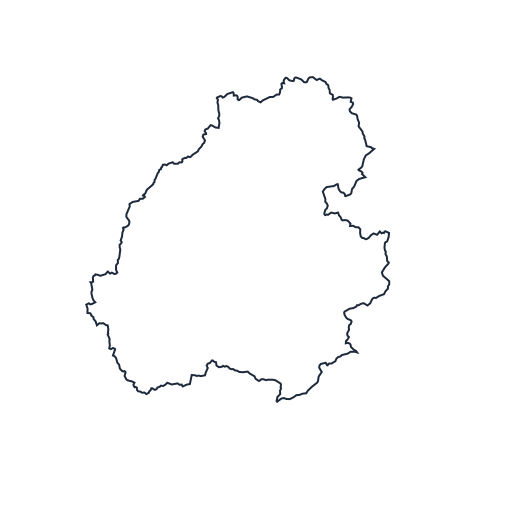 Yauyos, Lima, Peru, rotated 225°
{"feature_id": "86281439B83806750890504", "entity_name": "Yauyos", "entity_type": "district", "adm_level": 2, "iso_a3": "PER", "parent_name": "Peru", "parent_adm1": "Lima", "projection": "mercator", "projection_center": [-75.885, -12.522], "detail": "fine", "context": "isolated", "style": "outline", "palette": "slate", "viewbox_px": 512, "rotation_deg": 225, "n_neighbors": 0, "source": "geoboundaries", "source_scale": "gbopen_adm2", "svg_char_len": 6104}
<svg xmlns="http://www.w3.org/2000/svg" viewBox="0 0 512 512"><g transform="rotate(225 256 256)"><path d="M248.2,415.3L250.4,414.2L251.6,414.3L255.4,411.9L261.1,415.4L262.8,415.8L263.7,417.2L267.2,418.1L268.7,419.3L275.1,420.2L277.3,423.1L281.0,424.7L283.7,426.6L285.1,426.9L289.2,424.7L291.9,424.7L293.6,425.9L293.8,429.3L294.8,432.2L296.0,432.9L298.1,432.0L300.0,435.0L301.2,434.7L302.8,433.5L306.4,429.6L309.6,427.5L310.3,424.5L312.1,420.9L312.9,421.2L314.0,422.9L315.7,424.2L318.8,423.3L321.4,425.5L323.5,426.1L325.6,427.8L328.0,427.5L329.9,428.2L333.6,426.9L336.2,426.6L337.6,423.3L342.3,422.7L344.2,420.4L344.5,418.9L343.1,415.0L343.8,413.7L345.0,412.9L348.8,412.9L353.7,410.7L354.4,410.0L354.5,408.7L353.2,406.6L353.4,405.9L356.6,403.8L359.7,403.8L361.0,403.1L360.9,400.7L360.4,399.7L359.5,398.6L358.2,398.0L359.7,396.9L359.8,395.8L356.4,393.2L356.6,390.8L354.8,388.8L353.8,386.6L355.6,384.6L356.3,380.7L358.7,378.1L361.3,370.6L361.4,367.9L364.1,366.9L365.6,367.2L368.0,365.6L369.9,365.3L375.2,362.5L378.0,358.0L378.1,354.5L378.4,354.0L379.8,353.8L381.4,355.5L382.8,355.9L383.8,355.5L385.1,353.7L387.1,355.4L388.2,355.5L390.8,350.3L390.9,346.1L391.5,344.5L393.5,344.5L394.3,343.9L395.6,340.6L395.4,339.9L393.4,339.6L391.7,337.2L389.3,335.9L385.7,332.5L382.6,330.6L381.1,329.1L380.2,326.5L378.6,326.1L376.1,324.4L373.0,320.2L375.5,318.2L379.4,317.2L380.6,316.4L380.2,312.0L381.3,309.6L380.6,308.0L378.1,307.5L377.5,306.9L379.1,304.7L378.1,302.7L373.8,301.6L372.7,299.5L372.8,297.1L372.0,295.0L371.9,291.0L371.1,288.9L372.4,282.7L372.3,280.1L372.7,279.1L374.4,278.3L374.6,276.2L375.6,275.1L376.4,273.1L376.5,272.2L374.9,270.8L374.7,269.7L376.4,268.1L376.5,266.0L379.2,263.3L381.2,263.4L383.2,259.3L383.3,257.0L385.3,256.1L386.4,254.6L385.4,252.6L385.6,251.6L384.6,250.2L385.3,248.5L384.2,246.8L384.1,245.2L381.8,239.8L381.4,237.9L380.1,236.6L380.0,234.8L379.4,234.0L380.0,225.6L378.5,221.8L378.9,219.2L378.7,218.8L377.7,219.5L376.3,219.2L376.6,216.3L378.6,214.3L378.0,211.9L381.4,207.1L382.2,203.3L380.3,201.7L377.2,194.0L375.9,192.5L375.0,191.9L370.7,191.3L369.3,190.3L368.1,188.3L368.0,186.6L368.8,183.7L369.9,182.4L369.9,181.7L368.3,181.1L367.0,178.1L364.6,175.2L362.6,171.2L361.0,171.0L360.4,170.3L360.3,167.5L358.6,165.8L356.5,164.6L351.9,158.6L350.9,156.8L350.9,155.4L348.7,153.5L348.4,150.6L345.3,147.3L342.4,146.2L342.6,144.2L343.3,143.2L346.2,142.3L346.7,140.4L349.8,140.2L349.6,136.7L352.1,131.9L354.1,131.1L356.6,129.4L356.2,128.3L356.8,127.1L356.2,125.5L353.0,122.7L353.4,121.4L354.4,120.4L353.3,120.2L347.8,116.4L347.0,114.3L345.5,112.9L341.8,110.6L339.3,109.7L336.9,109.6L338.1,106.0L339.0,104.6L340.7,104.4L341.6,101.6L337.9,99.7L334.9,96.5L332.7,98.3L331.2,98.1L330.3,97.4L327.7,97.8L326.2,96.6L323.3,96.4L319.5,94.5L319.2,97.7L317.4,99.2L316.5,100.5L313.1,101.1L311.8,102.1L308.3,99.5L306.6,97.2L305.7,96.8L305.5,95.7L300.8,93.8L299.7,92.3L295.9,89.2L294.5,86.9L292.8,87.5L292.0,89.9L290.1,90.6L289.6,90.4L286.8,84.5L285.3,85.1L282.8,84.9L278.5,82.5L275.9,82.3L272.6,80.1L269.3,80.0L268.0,80.7L267.7,81.6L266.8,81.8L265.8,81.3L264.2,78.3L260.6,77.1L259.1,77.2L255.0,79.6L252.4,80.5L251.7,78.4L250.6,77.7L249.0,77.4L248.5,78.3L247.2,78.6L245.2,77.1L243.7,77.0L241.8,78.4L239.8,78.8L238.3,80.6L235.9,80.8L235.1,83.6L235.8,84.9L235.6,86.6L236.5,88.3L236.0,89.0L233.2,89.7L232.6,90.2L232.2,91.7L232.7,93.3L231.6,95.4L231.6,97.0L229.7,98.5L229.1,101.0L229.1,103.6L224.7,105.6L221.4,110.4L218.8,111.0L217.7,112.5L215.6,111.9L214.0,116.1L212.2,118.7L217.3,126.4L214.4,128.8L213.1,129.2L212.0,130.9L210.1,132.0L207.7,135.6L209.2,138.2L210.9,142.7L213.4,143.6L213.5,144.1L214.0,145.7L213.0,147.6L213.2,151.2L212.8,151.5L210.2,151.8L209.2,152.6L206.5,150.6L203.5,151.2L201.7,153.8L201.6,155.1L199.9,155.6L199.1,157.3L197.0,158.0L195.0,157.8L193.2,158.7L192.2,159.9L190.1,160.2L188.0,161.7L186.0,162.1L183.3,164.3L180.1,168.4L177.1,168.5L172.0,169.9L169.5,168.9L165.8,169.6L165.3,170.1L165.1,172.4L164.1,173.8L161.0,175.4L159.9,177.2L156.7,180.3L154.4,181.9L148.4,183.2L147.3,182.6L145.7,180.5L144.7,180.2L143.8,177.8L141.2,175.4L141.2,171.5L138.9,168.0L138.0,167.9L137.3,173.0L135.9,175.2L133.4,176.4L130.9,178.7L129.6,182.6L129.0,186.2L126.9,188.7L125.9,191.3L123.4,194.5L124.1,197.2L124.0,203.2L123.2,209.7L123.6,211.2L126.5,215.2L127.5,220.5L132.3,221.7L133.5,223.1L133.9,225.4L131.2,229.8L128.6,229.0L128.1,229.3L128.5,231.2L126.6,233.4L125.5,237.7L126.5,240.1L126.5,242.4L125.2,244.9L125.3,246.6L122.2,251.7L121.4,255.1L118.4,258.2L116.4,259.3L118.0,259.6L120.5,258.9L124.4,258.8L126.6,260.2L127.7,260.3L129.5,259.7L130.8,257.8L132.3,259.7L132.2,261.5L133.0,264.4L135.1,264.4L136.8,265.7L138.1,269.7L139.9,271.0L141.2,273.1L141.0,275.1L142.2,277.4L143.6,277.6L146.7,276.3L148.7,276.2L152.0,277.1L153.8,278.5L154.0,279.3L152.6,284.8L150.4,287.9L149.3,291.2L149.8,292.5L148.7,293.6L147.9,296.6L146.4,298.8L142.2,299.8L141.8,303.3L143.3,307.5L143.3,309.4L142.6,310.4L141.5,311.1L140.6,315.0L138.5,319.5L139.6,323.0L139.6,326.2L141.2,327.8L141.7,330.1L144.0,332.4L152.3,331.8L155.4,333.4L156.8,339.1L157.0,344.2L157.4,345.2L159.8,345.3L163.2,348.2L165.8,348.9L167.2,350.8L168.7,351.1L171.0,352.7L173.9,356.2L174.2,357.1L173.6,359.1L175.7,363.3L178.2,366.4L182.1,364.9L182.3,364.2L181.8,362.7L182.9,362.0L183.3,360.8L185.8,360.9L185.4,356.6L188.8,355.1L189.4,351.9L189.1,348.5L189.8,346.1L190.4,345.4L192.8,344.7L193.6,343.9L195.7,343.9L198.7,345.9L201.1,348.6L203.7,348.8L206.0,346.8L208.6,346.1L210.7,343.7L212.1,345.7L216.0,345.9L218.0,344.8L220.1,342.3L221.0,342.2L223.8,343.3L226.1,343.5L228.7,344.7L230.3,341.9L233.5,339.9L234.2,336.1L235.3,335.3L236.0,333.8L236.9,333.8L237.9,334.6L239.5,337.4L239.6,339.9L240.9,342.4L242.9,343.2L245.3,343.3L247.2,345.3L254.3,348.8L254.9,352.0L254.8,354.7L250.4,360.5L249.6,363.8L248.9,364.6L245.2,361.9L242.2,361.2L240.5,361.4L238.9,362.6L236.7,362.5L235.4,361.5L234.9,361.8L232.9,366.2L233.1,367.9L235.4,371.2L235.7,374.5L238.0,380.2L237.5,383.5L234.4,389.0L239.0,388.9L239.5,390.2L241.1,390.3L243.9,389.3L244.6,389.5L244.1,392.8L244.3,394.6L248.1,400.6L249.5,404.8L248.6,408.9L248.2,415.3Z" fill="none" stroke="#1e293b" stroke-width="2"/></g></svg>